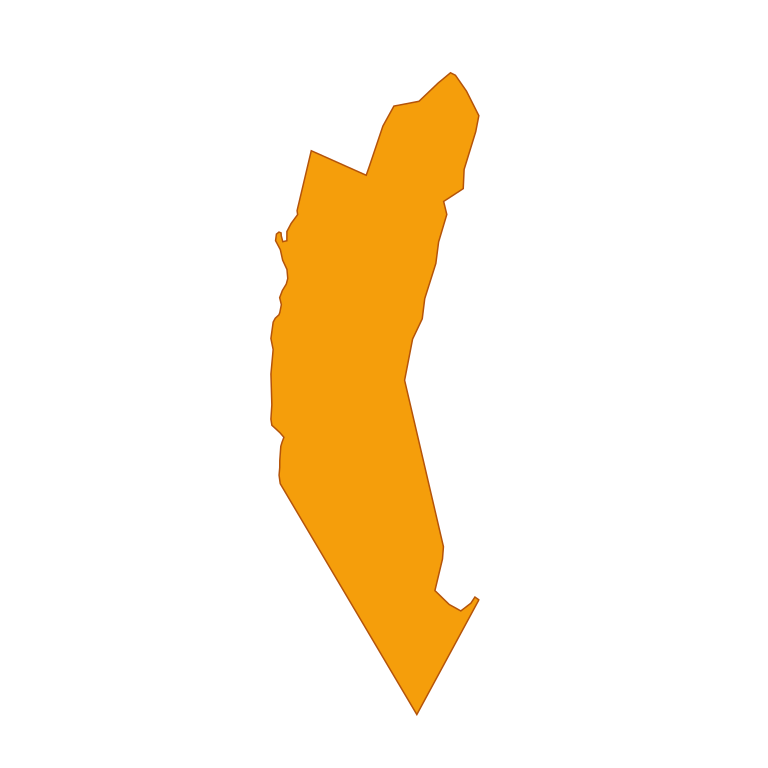 La Haut, Soufrière, Saint Lucia (Albers equal-area conic projection), rotated 101°
{"feature_id": "8701671B5410324269547", "entity_name": "La Haut", "entity_type": "district", "adm_level": 2, "iso_a3": "LCA", "parent_name": "Saint Lucia", "parent_adm1": "Soufrière", "projection": "albers", "projection_center": [-61.057, 13.863], "detail": "fine", "context": "isolated", "style": "filled", "palette": "amber", "viewbox_px": 768, "rotation_deg": 101, "n_neighbors": 0, "source": "geoboundaries", "source_scale": "gbopen_adm2", "svg_char_len": 1030}
<svg xmlns="http://www.w3.org/2000/svg" viewBox="0 0 768 768"><g transform="rotate(101 384 384)"><path d="M577.7,249.8L575.8,254.1L582.6,256.9L592.1,265.3L588.0,277.9L577.1,294.6L544.6,293.2L532.4,294.6L376.4,364.5L334.4,364.5L312.7,358.9L292.4,360.3L255.8,356.1L234.1,357.5L205.6,354.7L193.4,360.3L177.1,343.5L158.1,346.3L118.8,342.1L102.5,342.1L80.8,358.9L67.3,372.8L65.8,378.1L78.1,388.2L99.8,403.6L109.3,427.3L131.0,434.3L173.0,439.9L182.5,441.3L168.9,499.9L230.4,502.4L234.2,501.1L244.1,505.8L252.8,508.4L261.9,506.7L263.6,510.5L258.2,513.1L255.3,513.9L254.9,516.1L257.4,518.2L264.0,517.8L271.9,511.4L281.8,507.1L290.1,501.1L298.8,498.6L304.6,499.0L311.6,501.6L319.1,502.9L325.7,499.9L330.2,499.9L333.6,499.9L336.1,500.3L340.2,503.3L344.4,504.6L360.9,503.7L371.3,499.4L395.7,496.9L426.0,490.1L440.1,488.3L445.9,486.2L451.7,476.8L455.4,472.1L460.8,473.0L464.9,473.4L479.0,471.7L486.0,470.4L493.5,469.6L498.6,467.9L501.7,466.8L702.2,288.7L578.5,249.9L577.7,249.8Z" fill="#f59e0b" stroke="#b45309" stroke-width="1.5"/></g></svg>